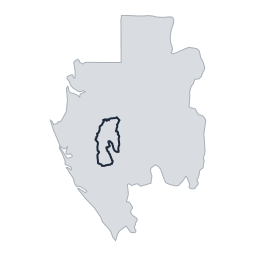 Tsamba-Magotsi, Ngounié, Gabon (highlighted)
{"feature_id": "22940354B73947944893462", "entity_name": "Tsamba-Magotsi", "entity_type": "district", "adm_level": 2, "iso_a3": "GAB", "parent_name": "Gabon", "parent_adm1": "Ngounié", "projection": "equal_earth", "projection_center": [10.858, -1.184], "detail": "fine", "context": "in_parent", "style": "outline", "palette": "slate", "viewbox_px": 256, "rotation_deg": 0, "n_neighbors": 0, "source": "geoboundaries", "source_scale": "gbopen_adm2", "svg_char_len": 7061}
<svg xmlns="http://www.w3.org/2000/svg" viewBox="0 0 256 256"><path d="M173.8,20.5L173.6,23.0L171.5,29.2L170.5,34.0L170.2,39.1L170.8,43.2L171.9,46.1L172.5,49.3L172.0,51.5L171.0,52.4L171.7,53.5L173.2,53.8L175.9,52.8L179.9,51.1L185.3,48.7L188.8,47.4L194.5,48.2L197.6,49.1L199.2,50.9L200.9,58.2L201.8,59.3L203.2,62.4L204.3,66.1L204.6,68.0L204.5,69.4L203.3,71.4L202.0,74.4L201.5,76.2L200.4,77.5L199.0,78.8L195.1,79.3L194.5,80.1L193.5,83.3L191.4,86.0L190.5,88.5L189.7,91.9L189.8,96.0L189.4,102.1L189.0,106.1L190.0,107.6L194.6,108.6L195.5,109.4L196.8,111.9L198.3,114.3L202.6,115.8L204.2,117.6L205.5,119.6L205.7,121.2L204.7,127.7L203.8,134.0L204.2,138.8L204.5,143.3L205.0,150.0L204.8,154.0L203.6,156.5L203.6,158.5L204.1,160.8L203.1,167.3L202.4,168.4L200.5,169.6L199.5,171.3L199.2,174.0L198.2,177.8L197.1,179.1L197.1,180.9L198.1,182.1L198.1,184.1L196.2,186.4L195.1,188.2L192.6,189.0L189.7,188.1L189.0,186.8L189.7,184.8L189.5,183.2L188.5,181.5L186.9,177.2L185.6,176.3L184.8,178.0L182.5,181.3L178.4,185.6L175.5,185.9L170.1,184.6L165.6,182.6L163.5,177.6L162.2,173.5L160.3,168.8L158.2,166.5L155.9,165.1L154.8,165.0L151.6,167.6L150.6,168.7L150.6,170.9L150.9,173.0L151.4,174.0L151.8,175.3L151.8,177.4L151.2,180.1L151.0,183.2L140.7,186.2L138.9,185.1L137.6,183.7L136.1,184.0L131.6,185.5L130.0,184.5L128.4,183.7L127.6,184.3L127.5,185.6L128.3,192.8L128.1,195.6L127.1,199.1L126.5,201.6L129.3,202.2L130.2,203.4L131.2,205.2L132.5,206.9L132.6,207.9L131.1,209.8L130.6,212.1L131.3,213.9L133.2,215.8L135.9,217.7L137.2,219.0L137.1,220.2L135.8,222.7L135.3,224.8L134.5,226.7L134.6,228.5L135.9,230.1L135.7,231.6L134.9,232.7L133.2,232.5L131.8,232.6L130.5,232.2L126.5,226.5L125.6,226.3L119.8,230.7L118.4,232.5L117.2,235.1L115.6,240.6L112.9,237.4L110.7,231.4L108.0,227.8L102.4,221.9L100.9,217.5L94.5,207.9L85.4,198.4L78.7,190.0L77.7,188.2L78.8,188.4L85.2,192.6L86.1,192.1L86.9,191.2L84.1,189.0L81.5,187.3L79.0,186.2L76.5,186.3L75.1,184.5L74.2,181.9L73.7,179.6L72.6,177.2L69.1,172.2L68.3,170.3L66.3,167.7L67.5,167.4L71.3,169.9L71.6,168.9L71.3,167.4L67.5,165.1L65.4,164.9L65.0,163.3L65.2,161.3L62.5,154.1L59.7,148.8L59.3,146.2L66.9,157.9L67.9,158.1L69.2,158.0L72.4,156.7L71.8,155.1L70.3,153.5L69.0,154.2L67.2,154.4L66.2,153.7L65.8,152.5L67.6,146.8L66.8,147.1L66.3,148.1L65.3,148.6L63.8,148.9L60.0,145.8L56.7,137.6L55.9,135.9L55.0,133.1L54.1,131.9L50.3,120.2L51.8,121.1L53.5,124.4L56.8,123.7L58.2,121.8L59.3,121.8L60.5,121.4L62.0,119.6L66.3,111.5L67.4,100.9L67.0,94.6L66.4,88.3L67.8,86.3L68.4,87.6L68.7,89.9L69.3,91.5L70.9,93.0L73.7,93.4L78.1,95.7L79.7,97.2L80.1,94.2L85.2,91.7L83.7,90.8L79.2,91.8L73.0,88.1L70.9,85.7L69.0,81.1L67.0,78.8L67.2,76.6L71.6,74.7L72.8,74.9L73.3,77.2L74.5,78.2L74.9,77.9L75.1,75.9L75.1,70.5L73.8,62.9L74.2,61.4L75.4,60.8L76.5,59.8L77.2,59.6L78.7,59.8L79.5,61.6L79.9,62.6L81.4,63.0L82.7,64.0L83.7,63.7L84.6,62.6L86.0,62.4L90.0,62.4L93.7,62.4L101.0,62.5L108.3,62.5L115.6,62.5L121.1,62.5L121.1,58.2L121.1,51.4L121.0,43.4L121.0,35.7L121.0,28.6L120.9,20.2L121.2,17.8L121.6,16.8L121.4,15.5L127.1,15.4L137.3,16.0L141.8,15.9L143.1,16.0L148.7,15.6L153.2,16.1L155.1,16.7L156.9,17.0L162.3,17.4L169.4,16.9L171.8,17.0L173.1,18.2L173.8,20.5Z" fill="#d9dde1" stroke="#a8b0b8" stroke-width="1"/><path d="M119.4,120.2L119.0,119.8L118.4,119.1L117.8,118.5L117.3,118.0L117.1,117.5L116.6,117.4L116.3,117.6L116.0,117.7L115.7,117.9L115.3,118.0L114.8,118.1L112.1,118.3L110.7,118.4L110.0,118.7L109.7,119.0L109.4,119.3L109.2,119.7L109.0,120.0L108.8,119.8L108.5,119.3L108.3,119.3L107.9,119.3L107.6,119.4L107.4,119.8L107.3,120.2L107.0,120.6L106.7,120.8L106.4,120.7L106.1,120.4L106.0,120.0L106.1,119.8L106.3,119.6L105.9,119.6L105.5,119.6L105.3,119.4L104.8,119.4L104.6,119.6L104.5,120.0L104.3,120.2L104.0,120.4L103.8,120.3L103.7,120.0L103.6,119.9L103.2,120.0L103.2,120.3L103.4,120.6L103.6,120.8L103.7,121.2L103.7,121.6L103.6,121.9L103.3,122.2L103.0,122.6L102.7,123.0L102.5,123.6L102.4,123.8L102.3,124.3L101.5,125.3L101.0,125.5L100.7,125.7L100.2,126.1L99.7,126.7L99.7,127.9L99.6,128.6L99.6,129.7L99.5,130.3L99.1,131.4L98.7,132.3L98.5,132.7L98.1,133.0L97.7,133.3L97.3,133.4L97.1,133.6L97.0,134.0L97.2,134.3L97.4,134.5L97.5,134.9L97.4,135.5L97.3,136.0L96.8,136.5L96.5,136.7L96.4,137.0L96.4,137.3L96.5,137.7L96.5,138.1L96.4,138.3L96.1,138.3L95.8,138.5L95.7,138.9L95.6,139.2L95.5,139.5L95.8,140.3L96.1,140.5L96.4,140.6L96.6,140.8L96.8,141.2L97.0,141.6L97.4,141.8L97.7,142.2L97.9,142.7L97.9,143.3L97.9,143.7L97.9,144.1L97.7,144.7L97.6,145.2L97.6,145.7L97.5,146.3L97.4,146.8L97.4,147.5L97.5,149.2L97.6,150.2L97.7,150.7L97.9,151.0L98.2,151.1L98.6,151.4L98.9,151.6L99.0,152.0L99.0,152.4L98.8,152.7L98.5,153.1L98.1,153.6L97.7,154.3L97.5,154.9L97.4,155.6L97.5,157.0L97.5,157.7L97.6,158.5L97.8,159.6L97.9,160.3L98.0,162.8L98.2,163.3L98.6,163.4L98.8,163.6L99.1,163.6L99.5,163.8L99.8,164.0L100.0,164.1L100.4,164.2L100.7,164.2L101.2,164.4L101.5,164.6L101.7,165.0L101.9,165.3L101.9,165.6L102.0,165.9L102.9,165.9L104.2,165.8L104.8,165.8L105.5,165.6L105.8,165.3L106.4,165.1L107.5,165.0L108.2,164.9L108.9,164.9L109.3,164.7L109.5,164.6L109.8,164.6L110.1,164.7L110.4,164.6L110.7,164.2L111.1,163.9L111.4,163.7L112.0,163.6L112.0,163.4L112.0,163.1L112.1,162.8L112.3,162.6L112.5,162.2L112.6,161.9L112.7,161.5L112.7,161.1L112.6,160.8L112.5,160.7L112.2,160.5L112.0,160.4L111.9,160.1L111.8,159.6L111.6,158.9L111.3,158.4L111.1,157.7L110.9,157.2L110.7,156.8L110.5,156.4L110.4,156.1L110.3,155.7L110.1,155.2L110.1,154.8L110.0,154.5L109.8,154.2L109.6,154.0L109.4,153.8L109.1,153.4L108.9,153.2L108.8,152.8L108.7,152.3L108.6,151.9L108.5,151.6L108.3,151.5L108.1,151.5L107.8,151.4L107.6,151.3L107.3,150.5L107.0,149.6L106.6,148.6L106.4,148.1L106.4,147.7L106.5,147.3L106.8,147.2L107.2,147.2L107.5,147.3L107.9,147.4L108.1,147.1L108.3,146.8L108.5,146.6L109.0,146.5L109.4,146.5L109.7,146.3L109.7,146.1L109.7,145.7L109.5,145.4L109.3,144.9L109.1,144.1L108.9,143.5L108.7,143.0L108.5,142.5L108.4,142.1L108.5,141.7L108.6,141.3L109.0,141.2L109.5,141.2L109.9,141.3L110.2,141.5L110.5,141.7L110.9,142.2L111.2,142.6L111.5,142.9L111.7,143.1L112.0,143.2L112.2,143.3L112.3,143.8L112.4,144.5L112.5,145.0L112.7,145.3L112.9,145.5L113.0,146.0L113.1,146.7L113.2,147.4L113.4,148.1L113.6,148.7L114.0,149.4L114.2,149.8L114.4,150.2L114.8,150.7L115.3,151.1L115.7,151.3L116.1,151.6L116.6,151.9L116.9,151.9L117.2,151.9L117.9,151.9L118.5,151.8L118.5,151.4L118.6,150.6L118.4,150.0L118.3,149.3L118.3,148.5L118.4,147.5L118.5,146.9L118.7,146.2L118.9,145.7L119.1,145.3L119.2,144.5L119.2,143.8L119.1,142.8L119.0,142.2L119.0,141.6L118.9,141.1L118.8,140.3L118.7,139.7L118.6,138.9L118.7,138.5L118.8,138.1L118.9,137.6L119.1,137.0L119.2,136.5L119.1,136.0L118.9,135.6L118.6,135.1L118.4,134.9L118.2,134.8L117.9,134.6L117.8,134.2L117.9,133.8L118.1,133.5L118.1,133.1L118.0,132.6L117.9,132.2L117.7,131.8L117.5,131.6L117.3,131.5L117.0,131.4L116.7,131.5L116.4,131.5L116.2,131.5L116.1,131.4L116.0,130.9L116.1,130.6L116.3,130.1L116.5,129.7L116.6,128.8L116.6,128.3L116.9,127.6L117.1,127.3L117.3,126.8L117.3,126.2L117.2,125.5L117.1,125.1L117.0,124.6L117.3,124.4L117.6,124.0L117.8,123.6L118.3,122.6L118.6,121.9L118.9,121.1L119.4,120.2Z" fill="none" stroke="#1e293b" stroke-width="2"/></svg>